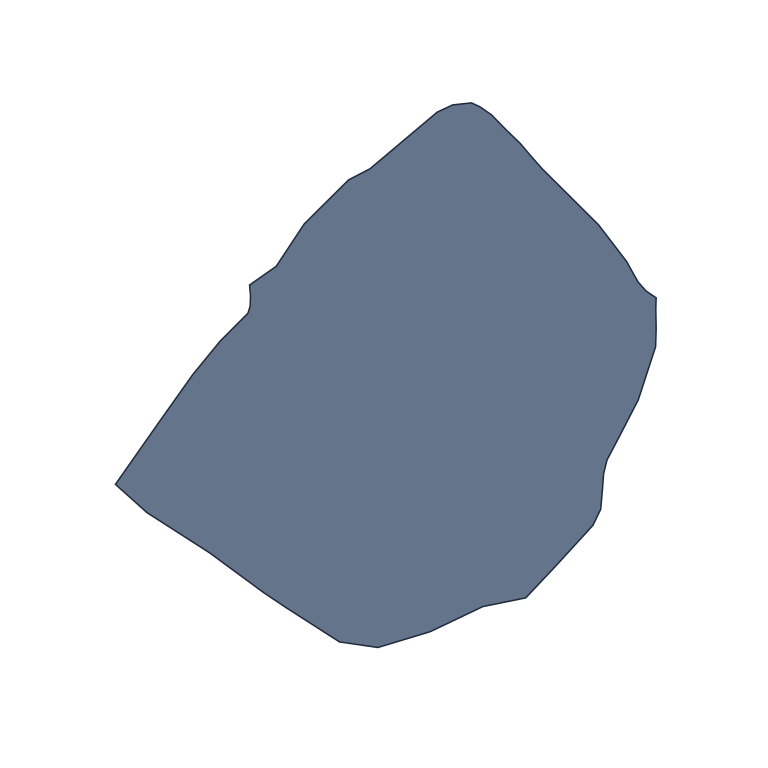 the district of La Esperanza, Quezaltenango, Guatemala, rotated 76°
{"feature_id": "79465075B77884380500547", "entity_name": "La Esperanza", "entity_type": "district", "adm_level": 2, "iso_a3": "GTM", "parent_name": "Guatemala", "parent_adm1": "Quezaltenango", "projection": "orthographic", "projection_center": [-91.579, 14.877], "detail": "fine", "context": "isolated", "style": "filled", "palette": "slate", "viewbox_px": 768, "rotation_deg": 76, "n_neighbors": 0, "source": "geoboundaries", "source_scale": "gbopen_adm2", "svg_char_len": 733}
<svg xmlns="http://www.w3.org/2000/svg" viewBox="0 0 768 768"><g transform="rotate(76 384 384)"><path d="M625.8,298.2L602.5,261.9L571.7,215.5L557.9,204.0L539.4,197.6L524.4,192.7L511.7,186.0L491.1,167.6L460.9,141.1L413.5,111.4L396.4,106.6L377.4,102.2L366.2,99.1L357.2,107.2L346.4,112.8L323.7,119.0L281.5,137.3L213.7,178.3L198.9,186.0L183.0,193.9L167.3,203.8L148.8,214.6L138.2,223.9L132.4,231.1L129.8,249.8L133.1,266.7L171.8,345.6L177.3,368.9L209.3,422.6L243.7,460.1L255.4,490.5L266.0,492.2L276.2,495.1L282.4,498.9L302.6,532.4L328.6,567.3L365.7,610.5L416.4,668.9L451.5,645.1L505.4,594.3L557.5,551.1L577.7,532.8L623.5,489.6L638.2,453.7L635.5,399.1L623.9,342.0L625.8,298.2Z" fill="#64748b" stroke="#1e293b" stroke-width="1.5"/></g></svg>